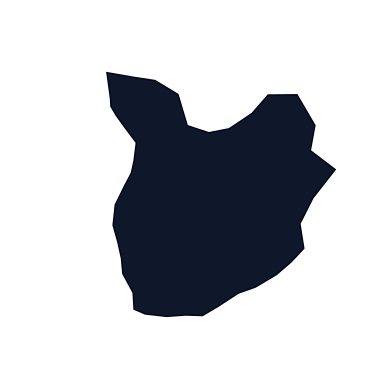 the district of Agios Efstathios, Cyprus, rotated 113°
{"feature_id": "46923920B27642326051003", "entity_name": "Agios Efstathios", "entity_type": "district", "adm_level": 2, "iso_a3": "CYP", "parent_name": "Cyprus", "parent_adm1": "", "projection": "robinson", "projection_center": [34.021, 35.386], "detail": "fine", "context": "isolated", "style": "filled", "palette": "ink", "viewbox_px": 384, "rotation_deg": 113, "n_neighbors": 0, "source": "geoboundaries", "source_scale": "gbopen_adm2", "svg_char_len": 651}
<svg xmlns="http://www.w3.org/2000/svg" viewBox="0 0 384 384"><g transform="rotate(113 192 192)"><path d="M115.4,316.9L137.5,303.7L144.9,300.0L151.1,291.6L158.5,279.4L168.3,262.5L185.6,257.6L197.9,255.2L212.7,256.4L233.7,257.6L253.4,251.6L267.0,240.7L280.6,231.0L294.2,223.7L307.7,206.8L322.5,199.5L322.5,187.4L316.4,166.8L307.7,149.8L301.6,134.1L286.8,123.2L267.0,109.9L254.7,96.5L234.9,82.0L217.7,73.5L200.2,67.1L179.0,80.3L150.1,78.4L115.4,69.0L107.7,99.3L82.7,104.9L61.5,133.3L73.0,159.8L96.2,167.4L119.3,182.5L130.9,199.6L132.8,222.3L107.7,243.1L103.9,269.6L109.7,292.3L115.4,316.9Z" fill="#0f172a" stroke="#020617" stroke-width="1.5"/></g></svg>